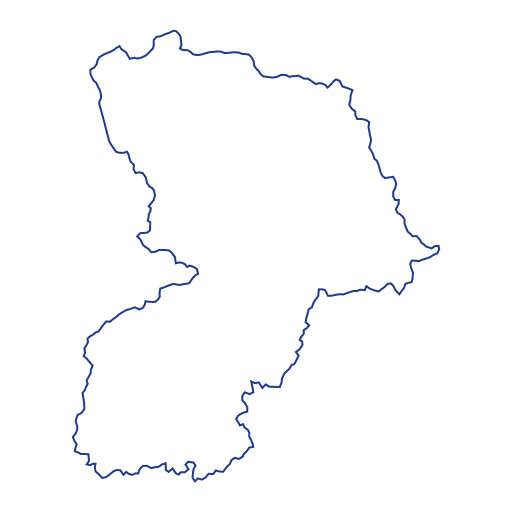 Ibiúna, São Paulo, Brazil (Robinson projection)
{"feature_id": "56859067B99377523473058", "entity_name": "Ibiúna", "entity_type": "district", "adm_level": 2, "iso_a3": "BRA", "parent_name": "Brazil", "parent_adm1": "São Paulo", "projection": "robinson", "projection_center": [-47.22, -23.81], "detail": "fine", "context": "isolated", "style": "outline", "palette": "blue", "viewbox_px": 512, "rotation_deg": 0, "n_neighbors": 0, "source": "geoboundaries", "source_scale": "gbopen_adm2", "svg_char_len": 5300}
<svg xmlns="http://www.w3.org/2000/svg" viewBox="0 0 512 512"><path d="M156.6,36.8L153.7,40.1L153.7,45.3L153.0,48.4L150.7,50.7L148.3,53.2L145.9,55.5L140.9,57.8L137.5,58.5L134.2,57.8L129.8,58.8L128.0,55.8L126.3,52.6L121.4,49.2L119.5,46.1L116.3,47.9L114.0,49.9L110.5,51.7L104.4,54.2L99.4,57.1L97.4,60.8L96.7,64.2L94.0,67.7L90.4,69.7L90.4,73.8L92.0,77.5L94.0,81.0L96.2,82.8L97.6,85.9L99.8,90.2L101.0,94.5L101.0,97.8L99.1,102.6L99.7,105.6L101.0,110.0L104.7,123.8L106.0,129.0L107.2,133.7L108.1,136.8L109.0,140.6L110.4,143.5L112.6,146.8L114.4,149.4L116.4,152.0L119.8,152.8L123.8,152.8L126.9,151.7L128.4,154.2L129.4,158.2L130.8,162.0L133.9,164.7L133.6,169.1L135.5,173.0L139.3,172.3L142.8,173.2L145.8,177.5L147.0,183.0L149.6,186.8L152.3,188.1L154.0,190.6L155.0,195.2L153.7,200.0L151.0,203.5L148.6,206.2L150.8,208.1L150.3,211.4L148.9,214.2L148.6,217.2L147.7,220.7L150.3,222.1L150.0,230.3L147.3,232.6L143.5,232.9L140.2,233.2L137.2,236.4L140.4,239.5L142.9,244.8L145.2,246.8L148.4,248.9L151.3,252.3L154.8,251.9L159.3,249.9L165.1,250.0L169.0,250.4L172.0,253.1L175.0,257.2L175.8,263.3L178.9,262.5L181.6,262.7L185.0,264.2L187.0,267.0L189.5,265.6L193.3,266.7L197.0,269.1L198.0,273.8L195.0,275.6L192.5,278.3L189.2,283.2L186.6,283.7L183.5,284.1L179.5,285.0L173.0,283.9L169.1,285.3L163.7,287.5L160.3,288.6L159.5,292.6L159.8,296.4L158.3,299.2L155.3,301.8L152.6,302.0L149.3,301.8L145.5,301.2L144.9,304.5L142.8,307.8L139.5,309.5L134.9,307.3L129.4,309.3L126.4,310.0L122.4,312.3L118.8,314.6L116.1,317.1L113.3,318.9L109.9,321.8L106.4,321.4L103.9,324.1L100.6,328.5L98.5,331.4L95.8,332.4L92.6,335.0L90.2,336.2L87.5,338.6L88.0,342.0L86.4,345.4L84.4,348.0L85.1,352.7L83.7,356.0L87.0,358.9L89.1,361.6L92.7,365.5L90.8,370.0L90.6,373.3L88.8,376.6L86.6,380.6L87.7,383.9L86.1,386.9L84.7,390.3L82.5,393.1L83.4,398.4L84.0,402.3L84.4,409.0L81.7,412.8L77.4,415.1L75.6,421.1L77.4,426.8L77.1,430.0L75.7,433.5L72.8,437.0L74.6,441.1L76.7,444.6L75.6,447.5L74.8,451.2L77.4,452.2L81.1,454.0L84.7,454.0L88.5,454.3L88.9,461.1L86.7,464.4L90.3,465.1L92.7,463.8L95.5,463.8L94.8,467.0L95.5,471.2L98.8,474.3L102.3,478.0L105.8,477.2L108.6,475.4L111.0,473.4L113.3,471.5L116.6,470.0L120.3,470.3L123.6,474.8L126.2,471.9L129.0,474.0L132.4,474.8L135.5,473.4L138.3,473.5L139.8,469.0L142.9,465.9L147.1,465.9L151.2,468.1L155.6,467.1L158.7,466.7L161.7,464.6L165.7,463.2L165.8,469.9L168.7,471.9L172.5,468.4L174.1,470.8L175.9,473.4L178.7,474.6L180.5,472.3L184.9,472.2L188.5,469.2L185.5,464.6L188.1,461.8L193.5,462.6L195.5,465.6L193.7,468.8L193.0,472.2L192.5,477.6L195.0,481.3L197.7,478.4L201.9,479.6L205.3,477.6L208.7,473.8L213.1,474.1L215.8,470.5L220.3,471.7L223.3,471.7L226.3,467.4L229.8,464.1L231.5,460.1L234.8,457.8L238.8,459.0L242.7,456.6L244.2,453.5L246.6,451.5L249.2,447.6L253.3,446.9L252.6,443.8L251.2,440.3L249.2,436.5L249.4,433.2L248.0,430.1L244.5,427.4L242.9,424.1L239.9,425.5L238.3,422.3L236.1,419.0L238.5,415.3L242.9,412.8L247.2,411.7L247.4,407.2L244.9,403.1L242.3,400.4L242.3,396.1L244.7,392.3L249.6,394.1L253.4,392.2L252.3,386.6L251.3,381.5L254.7,383.1L258.8,382.4L262.4,387.9L265.8,384.4L269.2,386.7L275.8,386.9L279.7,387.0L281.5,382.9L282.1,378.3L284.5,373.3L289.3,368.8L291.6,365.0L294.3,364.0L295.8,361.4L298.6,355.6L295.9,352.0L299.7,349.2L302.4,345.0L302.2,341.5L299.8,340.1L301.1,336.8L303.8,334.0L303.7,330.2L307.1,327.9L309.1,325.2L305.6,322.2L306.3,318.2L307.6,313.8L308.7,309.3L311.9,307.3L313.6,302.4L315.7,299.3L318.2,296.2L318.5,292.8L318.9,289.3L321.8,289.3L324.8,289.9L326.5,292.8L328.1,295.9L332.4,295.6L335.9,294.8L339.6,294.2L343.6,294.4L346.9,293.1L350.0,292.1L353.4,291.0L356.6,291.1L360.2,289.7L364.8,290.1L366.4,286.2L369.8,288.6L374.0,290.3L378.6,291.5L381.8,289.0L384.9,286.7L387.6,283.9L390.8,283.4L393.3,285.9L395.3,289.9L399.3,294.3L401.3,291.5L404.0,287.9L405.3,284.0L408.0,282.9L411.6,282.2L412.5,278.5L413.0,272.8L411.1,268.0L410.2,263.8L411.9,260.5L415.2,260.7L419.0,261.2L422.1,259.7L425.7,258.7L429.8,257.3L433.5,254.9L437.4,253.3L439.2,248.9L438.5,245.9L435.2,246.0L431.5,248.4L429.1,247.5L426.0,246.5L424.0,244.5L421.4,242.8L419.7,239.5L416.6,236.1L412.7,236.3L410.7,234.1L407.7,231.6L405.6,226.5L404.4,222.9L404.6,219.2L402.5,216.5L400.0,214.2L397.5,212.9L395.8,209.3L398.6,204.0L398.8,200.0L395.1,200.0L393.3,196.7L393.2,192.1L395.2,187.9L396.2,184.0L395.1,180.3L393.1,176.8L388.9,177.5L385.2,178.0L382.9,176.5L380.8,172.9L379.8,169.1L378.4,164.5L377.0,160.8L374.5,158.9L373.1,154.4L371.1,150.6L369.1,147.5L370.5,143.0L371.1,139.3L370.0,135.7L369.5,132.1L368.5,127.4L369.2,122.0L366.0,120.0L361.6,119.0L357.3,119.0L355.3,115.2L355.3,111.4L351.7,108.7L349.3,104.8L350.4,99.9L350.6,95.5L352.5,90.1L347.0,87.9L342.5,86.5L339.5,80.8L336.0,79.4L333.7,81.2L331.1,84.4L327.5,87.6L325.4,85.0L322.0,83.4L318.9,83.2L315.8,84.1L312.0,81.5L308.2,78.8L303.8,78.5L300.8,76.9L298.3,75.7L295.3,76.1L292.3,76.2L289.4,76.9L285.8,75.0L281.2,74.9L276.5,77.0L272.6,77.6L268.0,77.0L263.1,76.3L260.4,73.8L258.8,71.2L256.7,69.2L254.3,65.9L253.7,61.6L251.9,57.7L249.0,54.7L245.1,54.0L242.4,54.0L238.9,52.6L233.9,52.2L226.8,53.0L224.1,52.9L221.1,51.7L217.0,51.4L213.9,51.9L210.7,52.0L206.8,52.9L200.9,54.6L197.2,55.1L193.0,54.3L190.6,51.9L187.5,50.2L182.9,50.0L179.9,48.4L181.5,44.9L180.8,40.1L180.6,36.8L179.2,34.3L176.2,31.2L173.4,30.7L169.5,32.7L165.1,34.2L160.4,36.3L156.6,36.8Z" fill="none" stroke="#1e3a8a" stroke-width="2"/></svg>